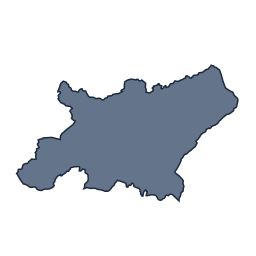 the district of Yen Thuy, Hòa Bình, Vietnam, rotated 275°
{"feature_id": "81297802B65575052729344", "entity_name": "Yen Thuy", "entity_type": "district", "adm_level": 2, "iso_a3": "VNM", "parent_name": "Vietnam", "parent_adm1": "Hòa Bình", "projection": "natural_earth1", "projection_center": [105.632, 20.427], "detail": "fine", "context": "isolated", "style": "filled", "palette": "slate", "viewbox_px": 256, "rotation_deg": 275, "n_neighbors": 0, "source": "geoboundaries", "source_scale": "gbopen_adm2", "svg_char_len": 5718}
<svg xmlns="http://www.w3.org/2000/svg" viewBox="0 0 256 256"><g transform="rotate(275 128 128)"><path d="M73.0,21.0L72.3,21.7L70.1,23.1L68.1,24.7L67.2,25.1L66.6,25.8L65.2,26.7L64.3,27.8L63.2,28.5L63.0,30.0L62.3,32.5L60.7,34.9L60.5,35.8L60.5,37.3L61.1,39.5L61.0,41.0L60.2,41.9L59.5,42.2L58.8,43.1L58.6,43.7L58.3,45.1L58.2,47.4L59.4,49.0L59.9,50.2L60.0,50.6L60.1,53.3L60.6,55.1L61.7,57.3L63.0,58.8L64.2,59.5L65.6,58.7L66.7,58.5L68.2,59.7L70.0,59.9L71.1,60.4L73.4,61.7L74.2,62.4L74.8,63.7L75.7,64.9L75.3,65.1L74.6,65.2L74.5,65.7L74.6,66.1L75.6,67.0L78.1,69.9L79.4,70.7L79.7,72.6L81.3,73.3L82.0,74.1L82.9,74.1L83.2,74.3L83.8,75.3L84.8,78.3L84.9,80.1L85.2,81.2L85.2,83.0L84.2,83.3L81.0,83.2L81.1,84.5L81.5,85.4L82.8,85.9L83.1,86.2L82.9,88.6L82.5,88.9L79.8,89.2L79.4,89.6L78.5,91.6L77.8,92.1L77.3,92.3L74.0,92.8L71.6,92.7L70.8,92.1L68.7,90.1L68.0,89.8L65.7,89.8L64.5,89.7L63.7,89.3L63.9,90.0L65.1,91.9L64.8,93.6L64.6,96.6L64.9,98.0L65.0,101.0L64.2,103.5L64.1,104.9L64.1,106.1L63.9,107.6L63.0,110.6L63.2,113.2L63.6,114.1L65.3,115.8L68.0,117.4L70.1,119.4L71.6,119.5L72.4,120.3L74.9,122.0L74.2,125.9L73.3,129.2L72.9,130.1L72.2,130.8L71.3,131.2L69.4,131.5L69.1,131.8L69.1,132.2L69.2,133.1L70.6,133.4L70.9,133.7L71.1,135.4L71.3,135.9L71.9,136.1L72.9,136.2L73.3,136.6L73.0,137.7L72.7,138.2L71.8,138.7L70.6,138.8L70.3,139.0L70.1,139.4L69.0,143.2L68.6,144.3L67.7,145.2L67.2,145.5L65.9,145.5L65.5,146.0L65.0,146.3L63.5,146.3L61.8,147.5L61.3,148.2L61.4,148.7L65.8,149.3L66.5,149.6L66.9,150.1L67.6,150.6L67.8,151.1L66.7,151.6L66.1,152.7L63.9,152.2L63.1,152.3L62.5,151.9L62.3,151.9L62.3,153.3L63.3,156.2L63.5,157.3L63.6,159.2L63.5,160.5L63.2,161.5L62.8,162.2L59.5,164.3L59.0,165.4L58.9,166.8L59.3,167.9L60.5,168.8L61.2,170.2L61.7,170.6L62.2,170.9L62.8,171.0L63.6,171.4L64.3,172.0L64.4,172.4L64.1,174.1L65.6,175.4L65.8,176.3L65.6,177.8L65.2,178.5L59.8,185.2L62.0,185.0L64.9,186.2L68.2,186.5L69.6,188.2L70.1,188.4L72.4,188.3L74.6,188.8L77.9,187.5L80.1,187.7L81.4,186.8L84.5,183.4L87.5,178.9L88.1,178.5L88.6,178.6L91.9,180.4L96.8,182.6L100.1,183.7L101.4,183.5L103.1,184.9L106.5,186.6L107.1,188.2L107.8,189.2L109.7,190.6L111.8,193.1L114.2,195.2L114.6,196.0L115.5,196.6L118.8,198.1L119.2,198.1L119.5,197.9L120.5,196.8L121.0,196.8L123.1,198.9L128.3,201.7L129.4,202.9L130.9,205.3L131.5,205.7L131.9,205.9L133.5,206.0L134.2,207.6L134.9,208.4L134.9,208.8L134.6,209.6L135.3,210.3L136.8,211.3L138.0,213.2L138.5,214.6L139.7,216.1L140.9,217.2L143.1,218.5L143.9,219.4L146.6,221.5L148.8,223.9L150.0,225.0L150.8,227.5L153.1,230.3L154.1,231.4L154.7,231.7L156.0,231.7L156.4,231.8L156.9,232.2L157.9,233.8L158.4,234.2L164.0,235.0L165.7,235.0L167.0,234.5L168.2,233.1L169.6,231.2L170.9,230.3L172.0,229.8L172.8,229.2L173.7,226.7L175.7,222.9L176.7,221.4L183.0,218.5L189.7,216.0L192.8,214.6L194.1,213.8L194.8,212.1L195.6,211.3L196.0,210.6L196.2,208.7L196.5,208.4L197.2,208.2L197.5,206.3L197.8,205.4L196.5,205.0L195.2,203.6L194.4,203.3L193.7,202.8L193.0,200.6L192.1,199.5L191.0,198.6L189.9,197.2L189.1,193.8L188.8,193.5L187.7,193.4L186.8,192.3L186.3,189.5L185.9,188.6L185.7,188.4L184.8,188.2L184.2,187.2L183.1,186.8L183.0,186.1L184.5,183.9L185.0,182.7L185.0,181.9L184.8,181.2L184.4,180.9L183.5,181.2L183.0,180.8L181.2,178.2L179.7,175.2L179.0,174.6L178.8,172.7L178.6,172.1L179.0,171.1L179.0,170.7L177.3,169.7L176.1,168.7L175.9,166.8L175.4,166.1L173.6,165.7L173.2,164.8L172.3,164.6L172.2,164.4L172.1,163.2L171.6,162.7L171.6,162.3L172.8,162.2L173.3,162.0L173.5,161.5L172.9,161.0L172.4,160.3L170.7,159.5L170.1,158.7L170.0,157.9L170.5,157.4L170.8,157.3L172.7,158.1L173.0,157.7L173.3,156.0L173.7,155.6L174.4,155.5L174.7,155.2L174.8,154.3L174.4,154.0L173.9,154.2L173.6,154.1L171.8,149.6L171.6,149.6L171.1,150.0L170.6,150.0L170.1,148.8L169.8,148.7L168.6,149.7L167.7,150.0L166.8,149.2L164.8,146.6L164.7,145.9L165.2,143.9L165.1,142.9L165.8,142.8L167.6,142.8L170.1,141.7L174.1,141.7L177.0,137.6L176.2,136.5L176.1,135.5L176.2,134.7L177.4,133.6L177.3,132.7L176.6,131.6L176.9,130.4L176.8,128.7L177.0,126.4L176.2,125.3L176.1,124.3L175.3,122.8L174.1,121.2L173.5,120.7L169.2,120.6L167.8,121.0L167.2,121.0L166.9,120.8L165.1,118.1L164.7,117.8L164.3,118.0L163.7,119.1L162.8,117.5L161.6,116.0L160.7,111.9L160.4,111.3L160.2,110.1L159.1,109.3L158.8,108.8L158.5,107.8L158.1,105.4L157.6,104.9L156.5,104.7L156.1,103.6L155.5,102.5L155.2,102.1L154.0,101.4L153.8,100.7L153.9,99.5L154.8,98.2L155.1,97.0L155.0,95.7L154.4,93.5L155.2,91.9L155.6,90.6L155.3,87.2L155.8,86.2L157.6,84.7L161.1,82.6L161.2,82.2L161.1,79.9L161.4,79.5L163.1,78.8L163.0,78.2L162.1,76.7L161.0,75.9L159.5,75.3L159.4,75.1L159.4,74.5L160.0,72.2L160.0,69.6L160.9,68.4L162.5,67.8L163.2,67.1L164.0,65.3L165.8,65.1L166.3,64.6L166.8,63.2L168.1,62.7L169.0,59.4L168.0,58.6L167.1,57.6L166.6,57.3L165.2,56.8L161.8,56.1L158.6,54.9L157.9,55.0L158.3,56.5L158.3,57.2L158.0,57.4L157.3,57.6L156.5,57.5L155.5,56.4L154.3,55.7L153.9,55.7L153.0,56.2L152.4,56.4L151.6,56.3L151.1,55.8L150.3,56.3L149.1,57.4L147.5,58.7L145.8,63.4L145.1,63.6L144.8,64.0L144.4,66.7L144.6,67.4L144.6,68.2L142.9,70.8L142.7,70.9L141.9,69.9L140.8,69.0L139.5,68.7L138.8,69.5L136.9,70.6L136.1,71.2L135.2,71.1L134.1,71.5L132.9,70.8L132.6,70.9L131.0,73.0L130.6,73.7L130.4,74.7L129.3,74.5L126.5,72.8L121.5,67.4L120.4,66.4L119.5,65.4L118.3,64.4L116.9,62.8L114.3,61.5L110.6,61.5L112.0,52.9L110.7,44.3L110.1,44.0L109.6,43.0L109.0,40.8L108.4,39.6L108.0,39.6L106.6,40.3L106.1,40.4L104.6,39.4L103.9,39.2L103.2,39.5L100.8,41.2L100.5,41.1L99.4,38.9L99.2,38.7L97.3,39.1L95.5,37.7L93.9,38.9L92.2,38.4L89.4,39.2L89.1,39.2L88.9,39.0L88.7,38.1L88.6,36.2L88.7,34.6L87.0,33.4L86.0,32.1L85.2,31.7L84.6,31.6L84.4,31.4L83.8,30.2L83.7,29.4L82.7,27.1L82.3,26.8L80.8,26.3L78.0,25.8L77.7,25.3L77.2,22.4L74.8,22.2L73.8,21.7L73.0,21.0Z" fill="#64748b" stroke="#1e293b" stroke-width="1.5"/></g></svg>